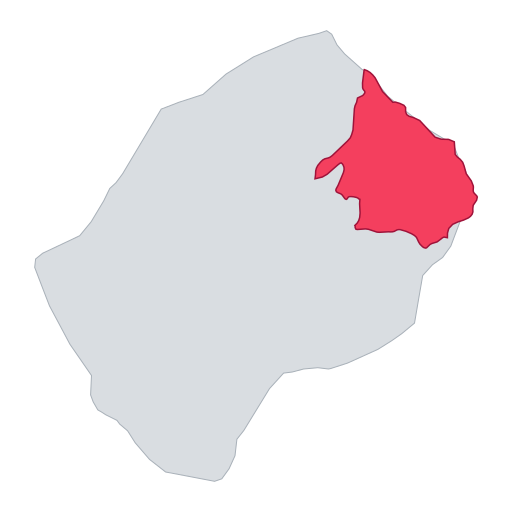 Mokhotlong highlighted on a map of Lesotho
{"feature_id": "LSO-1213", "entity_name": "Mokhotlong", "entity_type": "District", "adm_level": 1, "iso_a3": "LSO", "parent_name": "Lesotho", "parent_adm1": "", "projection": "robinson", "projection_center": [28.96, -29.168], "detail": "fine", "context": "in_parent", "style": "filled", "palette": "rose", "viewbox_px": 512, "rotation_deg": 0, "n_neighbors": 0, "source": "natural_earth", "source_scale": "10m", "svg_char_len": 2846}
<svg xmlns="http://www.w3.org/2000/svg" viewBox="0 0 512 512"><path d="M347.5,363.1L330.8,368.5L328.5,369.0L317.8,367.7L303.6,369.0L292.3,372.0L283.6,373.1L269.5,388.6L243.8,430.5L236.9,439.2L235.0,455.7L229.1,468.7L221.8,478.8L214.6,481.3L193.1,477.2L165.6,472.0L149.5,459.4L135.2,442.8L127.6,430.8L119.7,424.1L117.0,420.4L105.8,414.8L101.5,412.0L97.8,409.9L93.2,401.9L90.6,394.9L91.5,375.5L83.5,363.9L69.9,344.2L61.3,328.0L49.5,305.9L42.2,287.0L34.7,267.4L35.6,259.0L42.7,253.2L63.5,243.4L79.7,235.7L91.2,221.7L103.7,200.9L109.8,188.4L116.0,182.7L122.6,173.8L134.3,154.2L147.3,132.4L161.2,109.1L178.8,102.3L202.9,94.5L226.0,74.1L253.5,56.9L298.0,38.2L318.8,33.4L326.7,30.7L331.7,34.2L337.0,44.9L344.6,53.9L362.1,69.5L369.6,73.2L387.7,96.3L407.1,112.1L429.4,130.2L444.6,139.3L452.3,141.8L458.7,158.0L465.2,169.9L468.9,181.2L468.2,192.1L461.1,218.8L450.8,246.1L442.6,257.5L432.5,264.7L422.7,275.5L418.9,297.4L414.5,323.1L401.7,333.7L391.7,340.7L378.0,349.3L347.5,363.1Z" fill="#d9dde1" stroke="#a8b0b8" stroke-width="1"/><path d="M370.1,72.5L372.7,74.9L375.1,77.8L382.5,91.5L392.8,102.3L395.5,102.1L399.8,103.4L403.9,105.3L405.6,107.5L405.6,111.8L406.7,114.6L409.1,116.3L413.3,117.5L419.7,120.5L435.1,137.2L441.2,139.2L448.6,139.4L454.3,141.8L455.2,154.4L457.3,157.0L460.2,159.3L462.7,162.3L464.1,166.0L466.2,173.7L471.3,180.9L473.2,185.7L473.4,187.0L473.2,190.3L473.4,191.9L474.2,193.2L476.7,195.8L477.3,197.0L476.6,200.2L473.2,205.3L472.8,208.7L472.9,211.9L472.1,214.3L470.5,216.3L468.4,217.9L463.5,220.1L458.0,221.9L452.7,224.3L448.8,228.4L447.5,233.0L447.4,237.7L444.2,237.1L443.4,237.3L442.6,237.7L438.2,241.1L437.1,241.9L431.9,243.5L430.1,244.4L426.6,247.8L425.7,248.1L424.0,247.7L422.6,246.8L420.0,244.2L418.6,241.9L416.5,237.4L414.5,235.5L411.5,233.7L406.0,231.3L400.1,229.6L398.4,229.6L397.0,229.9L394.2,231.4L392.5,231.8L390.7,231.9L388.6,231.8L379.4,232.3L376.9,232.1L368.5,229.3L365.5,228.9L357.2,229.5L355.9,229.2L355.2,227.7L355.1,227.0L355.2,226.2L354.8,225.5L357.2,223.1L358.7,220.6L359.7,217.4L360.1,212.9L359.6,203.8L359.9,199.3L358.9,199.0L358.1,198.2L356.7,197.5L353.7,196.8L351.5,196.6L349.6,196.6L348.4,197.0L347.8,197.8L347.2,198.8L346.2,199.4L345.0,198.8L342.2,195.0L340.7,193.8L338.1,192.8L336.4,191.8L335.8,190.2L336.2,188.8L338.1,185.3L343.4,172.6L344.1,169.7L344.0,167.4L343.2,165.2L342.3,163.8L341.2,162.9L339.9,163.3L337.9,164.8L327.2,174.2L322.4,177.0L315.0,178.8L315.5,174.9L315.7,170.9L316.4,168.2L317.8,165.4L320.6,162.0L322.7,160.0L324.8,158.8L328.4,157.9L330.2,157.1L332.2,155.6L347.5,141.0L350.3,137.8L351.7,134.5L353.0,130.0L354.4,108.6L355.1,105.6L356.6,102.3L357.5,98.0L362.6,95.6L363.5,94.7L364.7,93.1L364.9,92.1L364.7,91.3L364.3,90.7L363.9,90.3L363.5,89.7L363.0,89.0L362.6,87.7L362.5,83.0L364.1,70.1L364.3,69.6L367.2,70.7L370.1,72.5L370.1,72.5Z" fill="#f43f5e" stroke="#9f1239" stroke-width="1.5"/></svg>